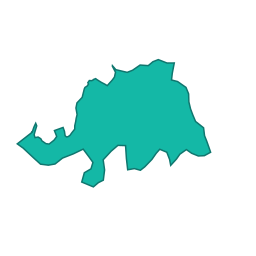 the district of Lazanias, Nicosia, Cyprus, rotated 125°
{"feature_id": "46923920B15304330642717", "entity_name": "Lazanias", "entity_type": "district", "adm_level": 2, "iso_a3": "CYP", "parent_name": "Cyprus", "parent_adm1": "Nicosia", "projection": "mercator", "projection_center": [33.218, 34.935], "detail": "fine", "context": "isolated", "style": "filled", "palette": "teal", "viewbox_px": 256, "rotation_deg": 125, "n_neighbors": 0, "source": "geoboundaries", "source_scale": "gbopen_adm2", "svg_char_len": 1535}
<svg xmlns="http://www.w3.org/2000/svg" viewBox="0 0 256 256"><g transform="rotate(125 128 128)"><path d="M184.9,118.3L175.8,123.1L168.3,130.1L156.6,128.5L148.0,126.3L143.8,119.9L153.9,111.8L162.4,104.3L157.6,99.5L155.5,93.6L150.2,92.0L140.0,90.4L132.5,90.4L127.2,89.8L125.6,82.3L129.9,75.9L134.1,71.6L125.6,70.5L119.7,70.5L112.2,67.8L112.2,61.4L110.6,54.4L106.9,49.6L100.5,46.4L97.6,50.4L93.6,56.0L90.4,60.9L84.5,66.2L83.9,76.4L80.2,82.3L76.5,87.7L71.7,93.1L65.3,97.9L61.5,103.8L61.5,114.0L63.7,119.9L57.8,123.1L48.2,127.4L52.4,133.3L54.6,142.4L59.4,145.6L65.3,147.2L69.5,154.2L78.1,157.4L82.9,160.6L87.2,171.4L85.9,176.5L86.3,176.3L89.5,170.2L94.1,168.3L98.0,168.4L105.2,169.3L105.4,172.2L105.9,175.8L106.2,181.5L106.1,182.8L107.9,184.0L108.0,183.8L110.0,184.8L111.3,186.9L113.9,186.9L114.7,185.6L117.0,185.5L119.4,186.5L120.8,186.3L122.4,185.7L129.2,183.1L136.7,184.2L141.5,182.1L146.2,177.4L149.8,176.0L152.6,174.6L156.7,172.9L159.5,171.0L164.7,171.3L167.3,171.3L169.6,172.2L170.6,173.3L170.4,175.1L167.2,178.1L164.8,181.5L172.3,186.8L175.1,182.6L176.0,181.5L180.4,181.6L186.4,183.4L187.9,186.3L187.9,191.1L186.8,193.3L187.0,196.5L189.2,198.6L187.4,201.0L184.7,202.0L178.6,204.0L177.1,206.3L179.6,205.9L181.6,205.5L186.3,204.1L186.4,204.6L187.5,204.4L204.5,209.6L204.6,201.9L204.7,201.7L206.8,186.9L207.8,178.9L204.1,171.9L199.3,167.1L190.2,164.4L180.6,158.0L171.0,152.6L174.2,142.9L176.3,137.0L182.7,134.9L189.7,138.1L198.8,134.9L196.1,122.6L189.7,120.9L184.9,118.3Z" fill="#14b8a6" stroke="#0f766e" stroke-width="1.5"/></g></svg>